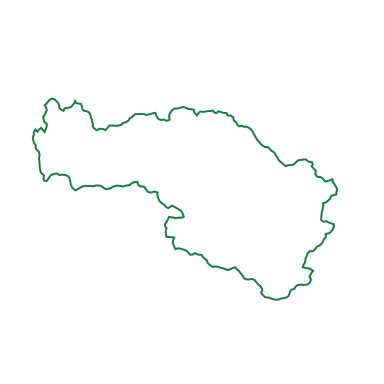 outline of Pedro de Toledo, São Paulo, Brazil, rotated 75°
{"feature_id": "56859067B2977467796065", "entity_name": "Pedro de Toledo", "entity_type": "district", "adm_level": 2, "iso_a3": "BRA", "parent_name": "Brazil", "parent_adm1": "São Paulo", "projection": "robinson", "projection_center": [-47.172, -24.178], "detail": "fine", "context": "isolated", "style": "outline", "palette": "green", "viewbox_px": 384, "rotation_deg": 75, "n_neighbors": 0, "source": "geoboundaries", "source_scale": "gbopen_adm2", "svg_char_len": 4232}
<svg xmlns="http://www.w3.org/2000/svg" viewBox="0 0 384 384"><g transform="rotate(75 192 192)"><path d="M134.0,333.0L137.9,330.7L140.5,332.0L142.6,332.0L143.7,329.4L142.4,327.7L139.4,324.4L138.8,321.1L139.1,317.9L141.3,315.4L141.7,312.9L142.8,309.9L144.3,308.0L146.6,306.8L149.6,306.8L151.7,307.0L154.4,307.2L157.5,306.2L160.2,304.3L159.2,300.1L158.3,296.3L158.5,293.1L159.6,289.7L160.9,285.8L160.8,283.3L161.6,280.3L163.0,277.9L165.2,276.2L167.0,274.5L167.3,271.7L167.0,269.3L166.4,266.0L166.5,262.6L167.3,260.4L168.8,257.2L168.7,254.0L169.2,250.3L167.9,248.1L167.5,244.6L168.1,242.1L170.6,242.3L173.1,240.6L174.4,237.0L178.1,235.6L180.3,234.7L182.0,231.7L181.8,228.4L183.5,225.4L185.7,226.3L189.6,226.2L192.2,225.8L194.4,224.5L197.2,222.1L199.9,220.9L201.5,219.1L200.0,214.8L203.0,211.6L205.4,209.2L208.0,207.2L210.8,206.5L213.8,206.4L214.1,208.5L213.4,211.1L213.2,214.1L211.9,216.7L210.1,220.6L212.2,222.3L214.2,224.3L215.9,226.3L218.3,226.9L220.3,225.9L222.7,227.3L226.1,228.3L228.7,228.3L230.4,223.5L231.3,220.9L233.7,222.8L236.5,223.7L240.6,223.2L242.8,222.9L242.7,220.6L243.5,218.2L245.2,215.4L247.3,212.5L249.7,211.2L252.0,210.2L252.6,207.6L251.8,204.9L254.1,202.3L255.2,199.1L257.7,198.3L259.5,197.1L261.8,195.4L264.6,195.2L266.3,194.2L268.0,193.0L269.6,191.6L270.0,188.9L270.9,186.3L272.3,184.6L273.6,182.0L275.6,179.2L276.8,176.9L276.2,173.3L275.9,169.7L278.0,168.8L280.1,167.3L282.8,166.2L285.5,164.9L289.0,163.9L290.4,162.2L291.2,159.9L291.6,156.5L293.3,154.4L296.0,153.0L298.1,152.2L301.0,150.2L303.7,149.3L305.7,149.9L307.1,151.3L309.1,150.6L312.4,148.8L313.3,146.8L314.3,144.5L316.3,141.8L318.0,138.3L318.3,135.4L317.9,133.3L318.4,129.8L318.1,127.1L317.1,125.2L313.7,123.2L312.1,121.3L312.1,118.2L310.4,116.7L309.4,114.3L309.5,111.0L310.7,108.5L311.3,104.3L309.9,101.4L307.4,99.8L304.1,100.3L301.5,98.0L299.5,95.5L297.8,96.9L296.1,98.8L295.0,101.5L293.3,104.5L291.4,103.3L289.0,101.0L285.7,99.5L283.8,98.1L281.2,96.3L279.7,93.5L280.4,90.4L279.1,87.9L277.2,85.6L276.6,82.0L274.2,78.6L272.2,77.3L270.2,74.3L267.2,73.8L267.2,69.7L266.0,67.6L264.3,65.6L262.5,64.1L259.8,63.4L256.5,68.3L255.0,69.7L254.7,72.9L252.3,74.5L249.8,73.6L247.0,72.6L244.7,71.7L242.7,70.4L239.8,69.0L236.8,68.3L236.6,65.1L235.6,62.8L234.5,60.5L232.1,58.9L231.6,56.3L231.7,53.5L228.5,52.0L226.2,51.0L221.0,52.5L219.0,53.4L216.0,53.1L216.4,55.8L216.5,60.5L213.2,62.0L210.9,64.0L209.8,67.0L206.7,68.3L203.5,67.0L201.1,68.3L198.1,69.8L196.6,68.3L194.6,68.3L192.6,71.7L189.9,73.7L189.3,77.3L188.9,81.3L190.3,84.0L191.7,86.5L191.8,89.8L191.0,91.9L191.3,94.8L188.9,96.6L185.6,98.8L183.5,100.0L180.9,100.6L177.9,101.6L175.4,102.2L172.3,104.9L168.4,106.8L167.5,109.9L164.2,112.9L161.4,113.8L158.8,115.4L156.5,116.0L154.2,116.7L151.9,117.3L149.5,117.8L147.4,118.6L145.0,120.1L143.3,122.1L142.2,125.2L140.9,127.0L140.7,129.5L138.9,130.7L136.5,131.2L133.7,133.0L130.4,132.9L128.1,134.8L127.4,137.7L124.7,138.3L123.3,141.9L120.8,145.4L122.2,148.2L120.8,149.9L118.7,150.8L118.5,153.3L117.9,156.1L117.7,159.8L116.5,163.2L117.5,165.4L119.2,167.4L115.9,169.2L113.0,168.8L111.7,171.6L110.8,174.3L109.1,176.0L107.7,178.2L107.5,181.6L107.7,184.7L106.8,187.3L108.1,190.3L110.6,193.3L112.7,194.4L114.5,194.7L116.5,195.0L116.7,198.0L114.9,200.2L114.3,203.6L112.7,205.5L109.9,206.6L106.1,206.8L105.8,209.4L106.0,212.8L105.8,215.9L104.4,218.3L103.3,221.3L102.7,224.5L102.0,226.8L104.1,230.8L104.6,233.1L106.5,234.7L107.5,237.9L107.4,240.8L108.7,242.6L108.8,247.0L107.9,249.7L106.9,252.6L106.5,254.7L108.7,257.6L109.8,259.7L108.1,261.8L107.0,264.6L107.6,268.1L105.1,270.1L103.2,270.9L101.2,270.1L98.7,270.3L96.6,269.9L94.1,270.4L91.4,270.2L88.4,270.9L86.5,273.1L85.5,275.4L83.6,276.5L80.9,276.2L78.2,276.4L76.4,280.6L73.9,281.4L75.6,282.7L77.3,284.9L78.5,286.8L78.6,290.2L78.2,293.4L80.4,295.1L77.9,297.6L76.0,298.4L74.1,297.8L71.2,298.3L66.9,300.7L65.6,303.0L66.3,306.0L68.6,309.4L70.0,311.6L72.9,311.1L75.5,311.1L77.8,313.1L79.6,314.6L81.1,316.6L83.5,316.4L85.7,316.6L88.8,314.6L91.6,315.7L95.9,318.9L91.0,321.1L92.2,323.8L93.8,325.8L91.2,327.0L93.4,329.4L95.7,329.9L98.3,331.7L101.2,331.9L103.8,332.0L106.3,330.8L109.5,331.7L114.1,329.4L117.3,329.8L120.0,331.1L123.8,331.7L127.6,332.4L131.9,333.0L134.0,333.0Z" fill="none" stroke="#15803d" stroke-width="2"/></g></svg>